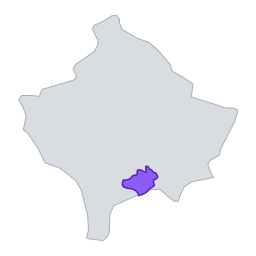 where Štrpce sits in Kosovo
{"feature_id": "KOS-5914", "entity_name": "Štrpce", "entity_type": "District", "adm_level": 1, "iso_a3": "XKX", "parent_name": "Kosovo", "parent_adm1": "", "projection": "natural_earth1", "projection_center": [20.995, 42.226], "detail": "fine", "context": "in_parent", "style": "filled", "palette": "violet", "viewbox_px": 256, "rotation_deg": 0, "n_neighbors": 0, "source": "natural_earth", "source_scale": "10m", "svg_char_len": 1475}
<svg xmlns="http://www.w3.org/2000/svg" viewBox="0 0 256 256"><path d="M58.6,84.6L74.4,79.8L76.7,76.4L73.1,69.2L75.3,64.6L94.1,51.6L97.3,45.8L98.4,41.1L95.9,36.3L92.4,28.6L94.1,25.3L103.9,20.9L111.8,15.8L116.5,15.4L119.5,19.1L119.5,22.9L122.1,29.4L128.0,32.8L137.7,38.5L149.0,42.4L157.9,50.2L170.0,64.1L171.9,71.0L182.8,77.1L192.9,84.0L191.4,96.9L225.9,108.0L233.7,108.0L237.4,109.9L237.3,112.8L234.6,121.8L220.5,149.4L219.3,155.1L209.2,161.1L207.8,164.6L210.7,172.2L213.3,177.5L213.1,177.5L191.3,182.0L184.0,187.2L179.7,196.4L178.3,201.1L174.4,201.3L168.0,196.5L159.9,189.2L149.4,189.8L113.5,205.8L110.0,214.3L109.2,232.5L106.8,237.5L102.9,240.6L88.1,238.7L86.5,237.5L88.5,230.4L87.7,215.1L81.1,189.7L76.3,181.4L66.5,173.1L58.9,167.7L45.2,162.9L38.3,149.0L27.9,133.2L22.9,129.5L23.7,128.0L26.2,116.0L23.2,107.4L18.6,100.0L21.8,95.5L31.4,95.5L39.3,96.3L42.2,89.3L58.6,84.6Z" fill="#d9dde1" stroke="#a8b0b8" stroke-width="1"/><path d="M154.3,185.8L151.3,187.6L147.0,191.6L145.5,192.9L142.3,194.5L138.6,195.6L138.1,193.3L135.7,190.7L133.2,189.3L131.0,188.7L127.4,188.3L123.6,187.0L122.3,184.6L122.6,181.9L123.5,179.9L125.0,180.2L127.2,179.8L129.7,178.9L131.1,177.6L132.7,175.8L137.0,174.6L137.2,172.4L137.4,170.4L139.1,169.6L142.2,170.5L144.5,172.1L146.1,172.1L145.8,169.7L145.8,166.4L148.1,166.4L149.4,168.9L151.7,170.1L153.0,172.1L155.9,173.0L157.6,176.2L157.6,177.5L155.6,179.1L153.6,179.9L153.6,182.4L154.3,185.8Z" fill="#8b5cf6" stroke="#5b21b6" stroke-width="1.5"/></svg>